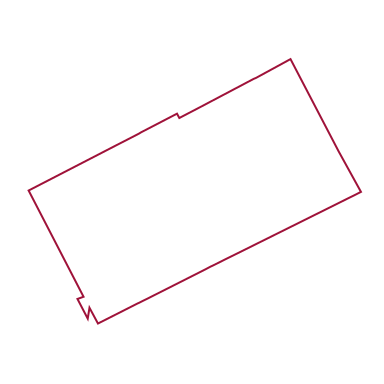 outline of Vermilion, Illinois, United States of America, rotated 63°
{"feature_id": "52423323B2069636466078", "entity_name": "Vermilion", "entity_type": "district", "adm_level": 2, "iso_a3": "USA", "parent_name": "United States of America", "parent_adm1": "Illinois", "projection": "albers", "projection_center": [-87.652, 40.18], "detail": "fine", "context": "isolated", "style": "outline", "palette": "rose", "viewbox_px": 384, "rotation_deg": 63, "n_neighbors": 0, "source": "geoboundaries", "source_scale": "gbopen_adm2", "svg_char_len": 612}
<svg xmlns="http://www.w3.org/2000/svg" viewBox="0 0 384 384"><g transform="rotate(63 192 192)"><path d="M116.5,336.9L166.2,336.6L236.1,336.2L235.3,342.6L257.5,342.4L248.6,335.9L266.5,335.5L266.6,292.9L266.6,291.0L266.7,289.7L266.7,285.0L266.8,280.0L266.8,278.9L266.8,273.4L267.0,214.6L266.9,209.2L267.0,207.4L267.1,196.7L267.1,193.3L267.2,186.2L267.5,158.1L267.5,157.7L268.5,55.5L268.6,49.0L268.6,48.4L268.6,48.2L268.6,41.4L222.4,42.9L118.3,43.9L119.4,83.4L119.2,85.7L120.1,148.4L120.3,169.7L115.4,169.8L115.7,210.2L115.9,212.7L116.0,238.4L116.5,336.9Z" fill="none" stroke="#9f1239" stroke-width="2"/></g></svg>